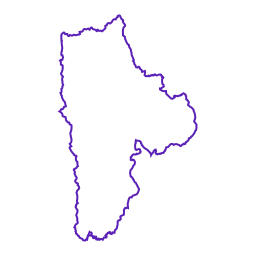 the district of Suan Phueng, Ratchaburi, Thailand
{"feature_id": "78962969B47422412766823", "entity_name": "Suan Phueng", "entity_type": "district", "adm_level": 2, "iso_a3": "THA", "parent_name": "Thailand", "parent_adm1": "Ratchaburi", "projection": "robinson", "projection_center": [99.327, 13.539], "detail": "fine", "context": "isolated", "style": "outline", "palette": "violet", "viewbox_px": 256, "rotation_deg": 0, "n_neighbors": 0, "source": "geoboundaries", "source_scale": "gbopen_adm2", "svg_char_len": 5703}
<svg xmlns="http://www.w3.org/2000/svg" viewBox="0 0 256 256"><path d="M188.8,139.6L188.8,138.3L190.6,137.8L191.0,136.7L192.1,136.1L194.2,133.4L195.3,130.7L196.0,130.2L196.5,127.9L196.4,124.5L194.1,121.3L195.2,118.3L195.2,116.0L194.5,112.8L193.6,110.8L193.6,109.8L191.6,107.6L190.2,106.8L188.0,104.9L188.9,102.4L187.4,100.0L186.2,99.4L186.2,96.2L185.6,95.7L185.7,95.1L185.4,94.4L183.4,93.3L181.9,94.3L181.5,95.0L180.6,95.0L180.3,95.6L178.6,95.7L177.8,96.3L175.3,95.7L174.1,96.0L174.0,96.3L174.8,96.9L174.7,97.4L172.4,98.8L171.1,98.5L166.4,94.0L166.1,92.9L166.0,91.0L164.2,91.2L162.2,90.8L160.0,89.4L160.0,88.5L160.7,88.6L163.8,86.5L163.5,84.8L162.4,83.9L162.1,81.3L162.1,79.2L163.2,77.9L162.7,77.6L162.8,77.2L162.0,77.2L161.7,76.6L161.9,75.9L161.2,75.4L161.1,74.8L160.0,74.4L156.6,75.4L155.1,74.9L154.9,74.4L154.4,74.5L153.8,75.3L152.9,75.0L152.7,75.4L152.1,75.2L151.2,75.5L151.0,75.2L149.8,76.1L148.9,76.2L148.6,75.7L148.0,76.1L145.6,76.1L144.6,75.1L145.1,72.6L144.9,71.0L142.1,71.9L141.6,70.0L140.2,69.0L139.3,67.0L138.7,66.7L137.3,67.6L136.0,67.1L135.3,65.1L134.3,64.0L134.2,62.5L133.1,61.1L133.7,60.7L133.8,59.8L133.4,59.4L133.3,58.7L131.7,55.1L131.5,52.5L131.0,51.4L130.8,49.5L129.1,46.8L128.8,44.8L127.7,44.3L126.8,42.7L125.2,39.2L124.8,36.7L123.0,35.4L122.9,29.9L123.6,27.5L125.0,25.9L125.1,24.9L123.3,22.6L122.8,21.3L123.2,20.7L123.0,20.0L121.5,19.0L119.9,15.7L119.2,15.4L117.8,15.9L117.7,17.1L116.7,17.5L115.8,19.4L114.5,19.2L113.8,19.4L112.8,20.2L111.8,22.0L110.6,23.2L109.9,23.5L108.7,23.0L107.9,23.2L107.3,23.8L106.8,25.3L105.7,25.5L105.2,26.0L105.5,27.7L105.3,28.3L102.2,31.3L100.8,30.6L99.2,31.0L97.8,29.8L96.9,31.1L96.5,31.1L96.1,30.0L92.9,29.1L91.6,27.5L90.8,27.7L89.5,29.7L88.1,28.6L86.3,29.4L84.4,29.0L83.7,29.3L82.8,31.0L81.7,31.8L80.2,31.7L79.5,32.0L80.1,34.0L79.5,34.5L78.1,34.6L75.5,35.3L73.8,34.7L72.0,35.7L69.9,35.0L69.1,36.0L68.6,36.1L67.9,35.6L67.3,34.0L65.2,34.2L64.4,32.7L63.9,32.5L63.1,32.8L61.5,34.5L61.3,36.0L61.4,39.6L61.6,40.1L61.4,40.7L61.9,41.1L61.6,42.5L62.3,48.4L61.9,49.5L61.9,51.2L61.4,52.2L61.3,54.0L61.4,54.9L62.0,55.4L62.5,55.4L62.6,56.3L63.1,57.1L62.3,59.8L60.6,59.9L60.0,60.6L60.8,61.4L60.9,64.5L61.7,65.1L62.3,65.1L62.7,65.7L62.7,68.9L61.9,71.9L61.0,73.4L61.5,75.0L63.0,76.7L62.2,78.3L62.1,80.0L62.4,80.9L62.5,83.4L63.2,85.0L62.5,86.1L62.3,87.9L61.3,89.1L61.6,90.3L61.4,92.1L61.0,92.8L60.5,93.0L60.9,93.5L61.0,94.7L61.9,95.9L61.9,97.2L63.4,100.4L64.8,102.0L65.9,106.3L63.9,107.0L63.5,108.2L62.6,109.2L61.4,109.1L60.9,109.6L60.4,110.9L59.5,111.4L61.5,112.8L62.3,114.0L62.7,116.1L63.8,116.7L65.4,117.0L65.8,117.9L65.9,120.0L67.7,122.3L68.9,122.4L69.5,122.9L69.6,124.3L71.4,125.1L71.6,127.0L71.3,130.3L70.3,133.1L70.9,137.0L71.4,138.7L71.5,141.0L71.1,142.4L69.7,143.9L71.3,146.3L69.8,147.1L69.6,148.1L71.3,151.1L72.9,153.3L73.7,153.8L73.9,154.8L75.2,155.7L76.2,155.7L76.5,156.2L75.8,158.0L75.9,159.9L76.9,161.7L77.4,162.0L77.5,165.0L77.9,166.2L77.4,166.4L76.3,168.0L73.9,169.3L73.8,169.9L75.0,172.1L74.5,173.5L75.3,175.1L75.4,175.8L76.6,177.3L76.6,178.5L75.1,181.0L75.5,182.0L76.4,182.9L77.9,183.5L78.0,184.2L77.6,185.1L78.8,186.3L79.2,188.2L78.8,189.0L77.3,190.5L76.5,192.7L77.3,195.4L77.3,198.9L76.8,201.2L77.8,203.1L76.8,203.5L76.6,204.5L75.9,205.2L76.1,206.2L75.6,207.0L76.5,208.8L77.4,209.8L77.5,211.9L76.2,215.1L77.3,218.1L77.2,220.3L77.8,222.5L77.4,223.4L75.7,224.5L74.4,227.3L74.9,227.4L75.3,228.1L75.3,229.4L75.9,230.6L75.5,231.5L75.9,231.9L76.0,233.6L77.4,234.4L77.7,235.5L79.0,236.1L79.6,237.7L82.5,239.0L83.0,240.1L84.5,240.6L85.3,240.4L85.8,239.7L87.0,239.9L87.2,239.6L86.9,238.4L87.5,238.0L87.5,236.9L88.0,236.5L87.9,235.5L88.6,235.4L88.9,234.9L88.8,234.1L89.5,232.2L89.7,232.5L91.1,232.4L91.7,233.0L91.7,234.3L90.5,235.6L93.3,236.2L92.9,237.4L93.3,238.1L93.9,238.1L94.1,236.9L94.8,236.7L95.0,237.8L96.1,237.2L96.2,237.8L96.0,239.0L96.3,239.4L96.6,239.3L96.7,238.6L97.2,239.6L97.5,239.7L98.1,239.3L98.0,238.7L98.6,238.6L99.2,239.1L99.1,239.7L99.6,239.8L99.9,239.1L100.7,239.0L102.0,239.1L102.8,239.7L103.9,237.5L105.9,237.5L106.0,236.5L105.4,235.6L105.9,234.9L106.5,235.6L106.5,234.9L107.7,232.9L108.6,233.1L108.9,232.3L110.3,232.1L110.5,232.4L110.2,233.5L111.3,234.0L111.8,233.5L112.5,233.5L112.9,232.4L114.5,232.7L114.9,230.3L116.6,228.7L117.6,224.9L117.7,221.3L118.4,220.5L119.6,220.3L120.8,218.8L120.3,216.9L120.6,216.2L123.8,214.7L124.0,212.4L123.9,210.2L124.4,208.9L125.2,207.9L126.1,208.2L126.9,207.6L128.0,208.0L127.7,203.9L128.6,199.9L129.2,198.2L130.1,197.3L131.7,197.4L132.4,196.0L133.0,195.6L136.7,194.3L137.9,192.7L139.1,189.2L135.7,182.7L134.7,182.2L133.9,180.3L133.4,179.9L133.2,179.0L132.7,178.8L132.3,177.5L130.7,176.4L130.1,173.3L130.4,170.5L132.3,168.1L133.3,165.8L134.6,164.3L134.9,163.0L134.9,161.9L134.1,160.2L132.8,159.6L131.9,160.2L130.8,159.9L130.8,157.1L131.6,156.7L131.8,155.8L133.4,154.3L135.8,154.6L136.6,153.7L137.4,154.0L138.9,153.5L140.2,152.7L140.2,151.9L140.6,151.7L139.8,149.3L138.7,149.0L136.4,150.0L135.5,149.4L135.2,147.9L135.1,145.6L135.2,144.2L135.7,143.4L135.5,142.8L135.8,142.4L135.7,141.2L135.9,140.2L136.7,140.6L139.3,140.9L140.3,141.5L140.7,141.9L141.0,143.3L141.4,143.5L141.9,145.3L142.6,145.6L142.9,146.4L143.9,147.5L146.0,149.1L147.5,149.8L147.9,150.5L149.6,152.1L151.0,154.3L151.1,155.1L152.3,153.1L153.2,152.5L153.7,151.0L155.1,149.7L155.6,149.7L155.5,150.3L156.1,150.8L155.6,152.9L155.8,153.6L157.4,154.4L158.1,153.8L159.8,154.0L160.2,153.5L161.3,153.6L161.9,152.9L163.5,152.9L164.8,150.5L165.2,150.6L166.2,147.4L168.1,147.0L170.2,144.6L171.1,144.0L172.6,144.0L173.8,144.9L174.7,144.3L176.4,144.1L179.3,145.0L180.1,145.9L180.8,146.1L182.6,144.3L183.4,144.3L184.0,143.6L184.7,144.1L185.3,143.8L185.9,142.1L186.3,142.1L188.0,140.7L188.8,139.6Z" fill="none" stroke="#5b21b6" stroke-width="2"/></svg>